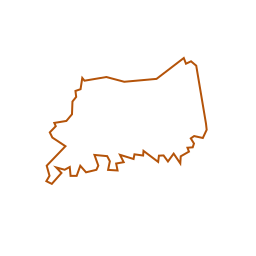 the district of Bath, Kentucky, United States of America, rotated 126°
{"feature_id": "52423323B79890257975212", "entity_name": "Bath", "entity_type": "district", "adm_level": 2, "iso_a3": "USA", "parent_name": "United States of America", "parent_adm1": "Kentucky", "projection": "natural_earth1", "projection_center": [-83.678, 38.15], "detail": "fine", "context": "isolated", "style": "outline", "palette": "amber", "viewbox_px": 256, "rotation_deg": 126, "n_neighbors": 0, "source": "geoboundaries", "source_scale": "gbopen_adm2", "svg_char_len": 893}
<svg xmlns="http://www.w3.org/2000/svg" viewBox="0 0 256 256"><g transform="rotate(126 128 128)"><path d="M206.3,171.6L212.8,163.4L219.0,162.8L218.0,156.8L203.5,155.4L202.1,162.9L199.0,154.7L193.8,152.2L200.5,146.3L196.9,141.4L186.6,144.4L188.5,135.9L180.4,129.0L175.9,129.9L169.5,139.3L163.0,128.3L165.6,123.1L173.6,119.5L168.5,111.5L163.7,116.7L158.2,111.4L154.4,118.7L149.8,105.3L145.5,107.3L141.4,99.6L137.4,102.0L137.7,83.7L132.2,86.7L129.3,83.1L131.6,76.0L121.9,76.0L125.9,64.9L119.9,68.7L111.3,64.8L109.0,68.3L105.6,64.3L101.8,65.5L99.5,71.1L95.7,69.8L92.1,61.6L83.2,63.3L78.7,67.4L37.5,109.4L37.0,116.2L41.9,118.9L38.6,124.0L71.5,133.8L92.8,158.2L99.5,175.5L115.3,191.0L114.4,194.4L124.5,189.2L128.9,192.3L133.3,188.2L139.2,188.5L149.8,181.4L158.5,182.0L167.2,190.6L169.0,187.5L177.5,188.7L180.2,183.6L179.5,167.9L206.3,171.6Z" fill="none" stroke="#b45309" stroke-width="2"/></g></svg>